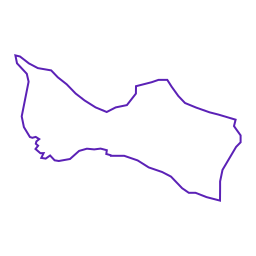 outline of Jangyon, Hwanghae-namdo, North Korea
{"feature_id": "82179303B35312856855320", "entity_name": "Jangyon", "entity_type": "district", "adm_level": 2, "iso_a3": "PRK", "parent_name": "North Korea", "parent_adm1": "Hwanghae-namdo", "projection": "natural_earth1", "projection_center": [125.0, 38.252], "detail": "fine", "context": "isolated", "style": "outline", "palette": "violet", "viewbox_px": 256, "rotation_deg": 0, "n_neighbors": 0, "source": "geoboundaries", "source_scale": "gbopen_adm2", "svg_char_len": 983}
<svg xmlns="http://www.w3.org/2000/svg" viewBox="0 0 256 256"><path d="M15.4,55.4L17.0,63.3L26.8,73.8L28.6,81.7L21.7,116.4L23.9,127.1L29.9,137.0L31.8,137.6L32.3,137.8L35.7,136.9L39.2,139.1L36.4,141.4L35.8,143.7L38.1,145.7L35.5,149.0L40.4,153.2L43.6,153.1L41.3,157.9L45.7,158.6L50.1,155.5L54.6,160.3L58.8,161.0L70.0,159.0L79.1,150.9L86.9,148.7L94.2,149.4L100.6,148.6L106.8,150.2L106.3,154.0L110.7,155.2L110.8,155.8L124.2,155.8L137.6,160.4L148.7,167.4L162.1,172.0L171.0,176.6L182.1,188.2L188.8,192.8L195.5,192.8L206.5,197.1L220.0,200.6L220.1,188.3L220.1,181.4L222.5,169.9L229.3,158.4L236.1,146.9L240.6,142.3L240.6,135.4L236.1,129.1L234.0,126.1L235.6,119.7L218.5,114.6L209.5,112.3L196.2,107.6L185.0,103.0L178.4,96.1L171.7,86.8L167.3,79.9L158.4,79.9L151.7,82.2L142.7,84.5L136.0,86.2L135.9,93.6L126.9,105.1L115.7,107.4L106.7,112.0L95.6,107.4L84.5,100.4L75.6,93.5L66.7,84.3L57.8,77.3L51.2,70.4L37.8,68.1L28.9,63.4L20.0,56.5L15.4,55.4Z" fill="none" stroke="#5b21b6" stroke-width="2"/></svg>